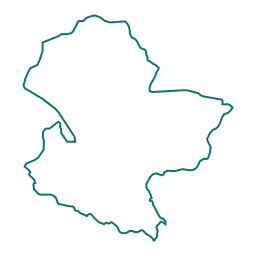 outline of Mbeya
{"feature_id": "TZA-3335", "entity_name": "Mbeya", "entity_type": "Region", "adm_level": 1, "iso_a3": "TZA", "parent_name": "United Republic of Tanzania", "parent_adm1": "", "projection": "natural_earth1", "projection_center": [33.421, -8.292], "detail": "fine", "context": "isolated", "style": "outline", "palette": "teal", "viewbox_px": 256, "rotation_deg": 0, "n_neighbors": 0, "source": "natural_earth", "source_scale": "10m", "svg_char_len": 2853}
<svg xmlns="http://www.w3.org/2000/svg" viewBox="0 0 256 256"><path d="M165.4,224.2L163.3,222.6L160.9,221.6L159.8,222.8L159.0,223.9L157.4,225.4L156.4,227.4L157.7,230.9L157.5,232.3L157.0,234.7L157.0,236.1L156.8,237.1L156.2,237.9L155.2,238.7L155.2,239.2L154.1,240.6L153.3,240.0L152.5,238.4L150.9,236.8L149.0,235.5L147.4,234.7L145.6,233.4L143.9,231.4L142.0,230.1L139.9,230.8L138.1,231.9L136.3,232.2L134.5,231.8L132.4,231.1L130.1,230.8L128.5,231.6L126.9,232.7L124.8,233.2L121.9,233.0L120.6,232.6L119.6,231.7L118.8,230.2L117.6,227.3L116.3,225.9L112.5,222.8L111.3,222.3L110.7,222.4L109.6,223.3L109.0,223.5L108.2,223.4L106.8,222.9L105.9,222.9L105.4,223.1L104.5,224.0L103.9,224.3L103.6,224.1L101.6,223.2L99.8,222.7L99.2,222.5L95.0,218.7L91.6,214.8L90.4,214.0L89.1,214.1L87.8,214.9L86.7,216.1L85.7,215.4L80.6,213.2L77.5,210.7L77.0,210.6L75.8,210.8L75.3,210.6L74.9,210.0L74.7,208.8L74.4,208.2L73.5,207.0L72.6,206.5L67.8,206.0L61.9,204.5L59.4,204.3L58.4,203.6L57.4,201.9L56.1,198.3L55.4,197.2L52.9,195.3L50.2,194.5L41.3,194.7L39.9,194.5L38.5,193.9L37.2,192.8L34.6,189.8L34.0,189.4L34.0,188.9L33.4,184.2L34.1,183.3L35.2,183.1L34.3,179.9L31.6,177.1L30.1,175.9L28.9,174.3L30.3,172.1L27.8,169.1L24.7,166.7L26.2,163.6L34.6,160.1L38.5,157.3L43.6,149.8L43.9,140.9L42.8,136.6L43.0,132.1L45.5,128.7L49.7,128.5L58.2,121.8L60.0,122.8L60.3,124.4L60.0,126.7L61.0,128.7L61.1,131.0L61.4,133.3L67.1,141.6L69.9,141.9L72.5,141.5L75.1,142.0L74.6,136.9L58.8,112.7L55.6,109.0L43.0,99.2L24.7,88.2L23.5,85.4L25.4,78.7L28.1,72.3L30.4,68.1L37.4,65.0L39.9,59.4L42.6,50.8L42.6,42.5L58.1,36.3L61.6,34.1L66.4,34.2L71.0,33.3L72.8,31.8L77.1,23.7L77.9,21.7L79.6,20.9L82.6,21.2L84.9,19.6L86.5,17.8L88.7,16.9L94.5,15.4L100.1,17.3L104.8,20.9L110.3,22.4L125.1,21.4L127.1,23.4L128.7,26.0L129.7,30.1L130.2,34.4L131.8,37.5L134.7,38.8L137.1,41.4L138.7,44.9L139.8,46.8L141.1,48.3L145.0,49.7L145.9,51.5L146.1,53.7L147.3,57.0L147.6,60.2L148.7,61.0L150.0,61.4L152.9,63.7L156.0,65.3L157.7,66.6L158.8,68.1L157.8,70.3L156.5,72.2L154.6,77.3L153.0,80.3L151.2,83.2L150.0,86.1L149.4,89.3L150.3,91.6L153.0,92.0L184.6,90.2L188.1,90.5L198.2,93.2L200.7,95.3L203.6,96.4L222.0,99.7L222.7,102.1L222.4,104.2L224.2,104.5L227.5,104.2L230.6,105.5L232.5,107.7L230.8,110.3L227.9,112.9L224.1,114.2L222.5,116.6L220.0,123.1L218.2,126.5L215.8,128.7L212.9,129.8L210.4,132.5L208.5,135.9L207.1,139.2L208.2,142.4L209.6,144.8L210.7,147.5L209.9,152.7L208.2,157.8L206.7,159.1L204.5,158.8L201.9,159.8L199.7,161.6L197.9,165.7L195.5,168.7L192.4,170.1L188.9,170.2L182.4,169.1L175.6,171.0L171.7,171.1L167.7,170.7L164.2,172.3L163.5,174.6L161.6,175.3L156.6,173.3L152.9,174.2L150.1,177.1L146.2,184.4L146.6,188.2L148.9,191.2L150.4,194.5L151.6,198.1L150.1,199.0L149.8,200.6L152.1,201.2L152.8,202.2L153.0,204.7L154.5,207.0L158.2,214.4L160.3,217.6L161.6,218.3L162.9,218.5L165.7,221.6L165.4,224.2Z" fill="none" stroke="#0f766e" stroke-width="2"/></svg>